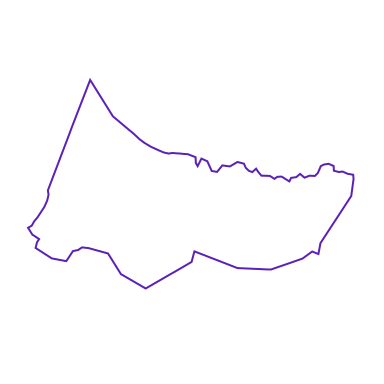 Nova Cruz, Rio Grande do Norte, Brazil, rotated 186°
{"feature_id": "56859067B97026747899103", "entity_name": "Nova Cruz", "entity_type": "district", "adm_level": 2, "iso_a3": "BRA", "parent_name": "Brazil", "parent_adm1": "Rio Grande do Norte", "projection": "robinson", "projection_center": [-35.448, -6.46], "detail": "fine", "context": "isolated", "style": "outline", "palette": "violet", "viewbox_px": 384, "rotation_deg": 186, "n_neighbors": 0, "source": "geoboundaries", "source_scale": "gbopen_adm2", "svg_char_len": 1291}
<svg xmlns="http://www.w3.org/2000/svg" viewBox="0 0 384 384"><g transform="rotate(186 192 192)"><path d="M58.9,154.6L40.0,191.4L33.2,204.7L32.7,221.9L33.5,226.0L39.2,226.4L44.5,228.1L47.8,227.2L53.1,228.0L53.9,232.7L59.1,234.3L63.7,233.1L66.6,231.2L68.8,224.1L71.5,220.8L76.9,220.5L81.6,218.0L86.4,221.3L89.8,217.7L94.9,216.4L96.3,212.7L104.5,216.7L108.8,216.0L111.3,213.7L116.2,216.1L119.9,215.9L124.7,215.5L128.4,219.1L130.7,221.9L134.1,218.1L137.6,219.0L141.0,221.6L143.3,225.6L149.9,226.6L157.0,221.4L164.6,221.6L169.2,214.6L174.6,215.0L180.0,224.2L186.1,226.2L189.1,218.3L191.2,221.2L192.1,227.0L200.2,229.2L203.6,229.0L208.1,229.0L212.1,228.8L215.3,228.8L219.4,227.8L224.4,228.4L229.6,230.0L237.6,232.7L244.3,235.8L249.7,239.0L255.9,243.7L261.3,247.3L278.6,259.0L305.0,292.8L318.0,244.9L319.9,237.5L330.4,197.8L335.5,178.5L334.4,174.3L335.1,168.5L337.3,161.7L342.9,150.8L345.8,146.5L347.9,141.7L351.3,139.3L346.4,133.0L339.1,129.2L340.9,125.8L341.7,120.0L324.5,111.3L309.8,110.1L304.2,120.8L299.2,122.4L295.6,125.4L289.0,125.4L284.3,124.6L269.1,122.1L254.1,102.9L228.0,91.2L206.4,106.9L198.6,112.5L185.1,122.4L183.4,133.2L146.6,123.2L138.9,121.1L108.6,122.9L105.3,123.2L87.3,131.6L75.2,137.3L66.2,145.4L59.8,143.5L58.9,154.6Z" fill="none" stroke="#5b21b6" stroke-width="2"/></g></svg>